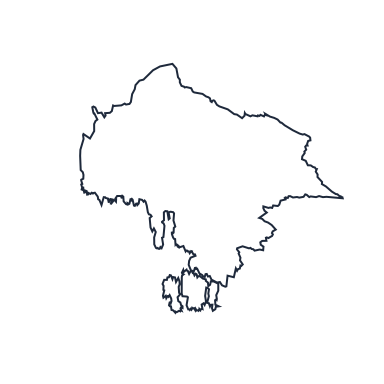 the district of Asker nor, Oslo, Norway, rotated 123°
{"feature_id": "86288312B86934644879837", "entity_name": "Asker nor", "entity_type": "district", "adm_level": 2, "iso_a3": "NOR", "parent_name": "Norway", "parent_adm1": "Oslo", "projection": "orthographic", "projection_center": [10.409, 59.839], "detail": "fine", "context": "isolated", "style": "outline", "palette": "slate", "viewbox_px": 384, "rotation_deg": 123, "n_neighbors": 0, "source": "geoboundaries", "source_scale": "gbopen_adm2", "svg_char_len": 6106}
<svg xmlns="http://www.w3.org/2000/svg" viewBox="0 0 384 384"><g transform="rotate(123 192 192)"><path d="M115.2,62.2L114.5,63.0L115.0,63.9L114.6,64.8L115.1,66.4L114.7,68.8L115.4,70.3L115.5,74.9L114.4,82.7L114.6,87.4L112.7,88.4L111.1,94.9L108.9,96.2L107.5,99.3L104.9,99.8L105.3,100.4L104.5,102.3L105.1,104.0L105.0,106.9L106.5,109.4L103.9,113.6L104.6,117.6L102.1,118.9L97.9,118.7L96.9,119.8L94.3,119.3L92.4,121.7L90.9,121.6L90.1,120.4L89.1,121.6L85.9,122.4L84.2,120.8L82.1,122.5L81.7,123.8L82.2,129.2L83.5,130.4L84.4,133.5L85.3,141.1L85.6,150.7L85.1,154.7L85.6,155.6L84.6,159.7L85.1,163.5L86.3,167.7L86.5,173.1L87.2,171.9L87.5,173.0L89.4,172.8L90.0,176.6L91.4,176.8L91.9,178.4L92.8,178.2L94.8,183.1L96.7,184.2L97.5,189.7L97.0,190.7L99.4,189.5L102.8,190.2L102.6,196.5L103.7,199.0L103.2,207.0L105.3,215.7L105.3,218.6L103.3,222.7L103.3,223.7L104.4,224.6L105.8,224.4L105.8,225.8L103.7,227.9L103.6,229.8L104.2,232.2L104.0,236.6L107.3,244.4L107.3,246.1L105.4,249.2L107.1,253.9L108.3,255.1L108.0,256.0L108.7,258.6L106.7,261.9L104.4,263.4L103.4,266.2L96.9,272.4L95.2,278.2L104.1,287.2L111.1,291.0L124.2,293.9L127.2,296.7L133.1,297.6L137.0,296.0L142.5,295.5L149.8,292.3L152.2,292.4L154.6,295.0L154.5,296.6L157.8,298.4L162.2,304.1L162.4,305.3L167.8,303.3L170.3,304.0L173.2,307.8L175.0,306.1L177.1,306.2L174.7,311.1L177.1,313.8L173.8,319.1L174.0,321.2L175.2,321.8L179.2,317.9L179.7,317.1L179.3,316.7L182.8,310.8L185.0,311.6L188.3,311.1L194.2,307.2L202.7,306.7L202.5,314.6L203.5,314.4L206.6,311.8L217.4,308.6L222.6,305.5L234.2,297.3L234.9,294.3L236.8,292.3L240.1,290.4L242.0,291.6L242.7,291.2L245.0,288.4L246.0,289.0L249.3,285.1L246.8,286.2L249.4,284.1L249.4,286.1L250.0,285.9L249.6,283.8L251.2,282.0L250.4,281.4L248.9,282.2L248.6,280.9L251.3,278.5L250.6,277.8L249.2,278.4L249.0,276.2L247.2,275.7L247.1,274.7L248.0,273.9L246.9,274.5L245.5,273.1L247.2,268.5L249.2,266.7L249.1,265.3L252.2,260.8L244.4,263.2L243.7,261.9L244.0,261.0L243.3,259.0L246.3,255.9L243.4,257.3L243.6,255.6L242.2,256.2L241.6,254.7L245.4,253.7L246.1,254.6L245.8,253.4L241.3,253.0L241.0,252.3L241.5,250.5L239.4,251.7L239.7,252.3L239.3,252.7L236.1,252.6L234.1,249.4L235.1,248.0L234.8,247.6L233.2,248.2L233.3,247.1L237.1,244.2L238.1,240.7L237.7,239.3L236.4,240.1L236.4,238.3L235.9,238.1L232.9,239.2L232.5,238.5L231.6,239.6L230.5,238.9L230.8,237.6L235.0,233.3L234.8,232.4L232.2,232.5L231.6,231.8L232.6,230.7L230.7,230.4L226.7,232.2L225.8,229.6L226.5,227.3L225.0,227.1L225.4,225.7L228.1,222.5L233.0,218.0L234.2,216.0L233.7,214.4L234.4,212.6L236.9,213.3L244.4,207.4L246.7,203.8L243.3,204.1L245.3,200.6L250.7,199.0L256.5,195.1L258.5,191.8L258.4,190.8L257.6,190.3L257.9,189.3L257.3,188.2L255.4,188.5L255.7,186.9L251.8,187.6L246.7,192.2L245.4,191.4L235.3,196.7L233.8,198.7L233.8,200.5L233.3,200.9L231.0,200.1L224.4,204.5L222.5,204.0L221.6,202.2L227.6,196.7L226.3,196.3L221.8,200.6L220.2,199.2L219.2,196.8L219.7,195.4L226.0,192.0L230.1,187.2L232.0,187.7L236.1,185.3L237.3,185.6L236.7,186.5L237.0,186.8L238.3,185.9L240.5,183.0L241.1,181.4L240.7,180.5L244.8,177.4L244.2,177.4L244.9,176.0L244.4,175.6L245.6,174.2L245.6,172.9L244.8,173.2L245.1,172.3L242.0,169.8L245.3,165.0L244.2,165.0L243.8,164.2L244.2,163.2L243.5,162.4L244.6,160.6L242.0,160.6L241.8,159.8L242.5,159.7L242.3,159.2L243.5,156.9L242.7,155.5L243.6,154.3L247.8,157.4L251.3,156.9L254.9,155.1L258.4,150.1L257.4,147.3L254.1,148.2L253.4,147.5L254.2,146.5L253.5,145.9L256.7,140.6L256.2,140.5L256.1,138.2L256.7,136.8L256.3,135.1L253.5,135.9L252.7,135.0L254.2,132.6L252.8,131.3L254.9,127.9L254.3,121.7L252.3,119.6L253.9,116.0L253.3,112.5L252.4,111.8L242.8,116.6L240.7,110.5L232.2,113.6L233.5,111.3L231.6,111.4L230.2,110.2L227.3,111.3L227.2,110.4L225.1,110.0L223.2,114.5L220.7,115.6L218.2,119.4L216.8,119.5L215.6,123.1L214.6,123.5L210.0,120.0L208.2,113.5L207.0,112.5L207.3,111.0L206.6,109.3L207.1,107.6L203.4,103.9L202.1,100.6L198.9,102.3L198.8,105.6L197.0,107.3L194.8,106.5L192.4,103.0L190.1,105.1L189.4,104.6L189.0,102.8L185.2,100.9L183.5,101.1L182.9,102.6L181.1,102.9L177.9,101.3L176.3,107.2L176.2,111.6L177.0,115.2L176.3,118.4L177.1,121.5L168.5,118.1L168.2,121.0L166.7,123.4L165.2,124.3L163.7,119.2L162.4,118.0L161.7,116.1L159.1,116.6L157.0,112.4L155.1,111.9L151.0,113.0L147.2,109.4L146.4,109.8L146.3,110.9L145.6,110.7L144.8,108.4L142.9,108.7L142.0,107.4L141.6,104.3L139.0,101.2L138.3,99.0L135.3,95.8L132.3,95.7L131.9,94.3L132.4,90.9L131.1,90.1L128.7,85.1L126.2,83.2L125.0,79.4L122.8,76.6L115.2,62.2ZM275.2,109.5L273.3,107.3L273.8,111.0L270.2,113.7L269.1,113.3L269.2,112.5L268.2,112.9L265.3,115.5L260.5,116.2L254.6,120.0L255.2,125.0L256.7,127.5L260.0,126.3L262.0,127.1L259.3,129.3L259.0,132.0L257.8,132.8L258.7,135.7L258.3,139.3L259.1,140.8L260.7,141.0L258.5,143.3L258.5,144.4L260.6,144.5L259.2,146.4L259.6,147.1L258.8,148.2L258.9,149.4L259.2,150.1L262.3,149.8L260.5,152.4L260.7,153.6L260.1,154.3L263.6,155.4L262.1,156.9L265.2,156.5L265.9,155.4L265.7,154.2L267.5,154.8L269.1,154.1L282.7,145.4L284.6,143.2L282.4,139.2L282.5,138.1L289.9,134.9L292.5,131.2L291.8,130.2L292.1,129.6L290.7,129.5L291.0,128.4L289.1,128.8L289.3,127.9L288.3,127.1L289.4,124.9L288.0,125.4L288.9,123.5L287.9,122.6L288.0,121.9L286.6,122.1L286.7,121.1L286.1,121.6L286.3,120.6L284.5,120.3L284.4,119.5L281.1,122.6L279.1,121.7L279.9,119.9L276.1,120.7L272.0,124.4L264.4,128.0L264.0,126.4L264.3,124.8L268.3,123.0L270.2,121.1L276.7,119.0L276.1,117.3L278.2,114.6L276.4,114.9L275.4,113.5L278.5,112.0L280.3,109.8L277.6,108.6L275.2,109.5ZM297.2,136.2L295.8,138.3L294.6,138.3L294.4,136.8L293.0,137.7L292.8,139.6L291.0,141.6L291.0,144.0L288.1,146.8L284.2,146.2L283.6,147.9L278.8,151.5L276.0,152.1L273.7,153.9L271.6,156.7L276.2,156.4L272.9,159.7L273.6,161.5L275.8,160.9L273.4,164.3L273.8,165.4L276.1,164.9L277.0,166.1L279.4,165.2L280.8,167.5L285.2,166.6L286.2,164.7L289.7,162.7L289.6,161.7L294.9,159.8L296.2,158.4L293.4,157.5L295.1,155.7L292.6,155.8L292.2,155.3L292.5,154.6L290.7,154.6L292.6,151.5L294.6,149.8L296.6,149.3L296.1,150.0L296.8,150.6L299.5,149.6L299.9,148.4L299.4,147.3L302.1,144.9L301.5,143.3L302.3,140.4L301.3,140.7L301.2,139.4L298.6,138.1L298.5,136.9L297.3,137.1L297.2,136.2Z" fill="none" stroke="#1e293b" stroke-width="2"/></g></svg>